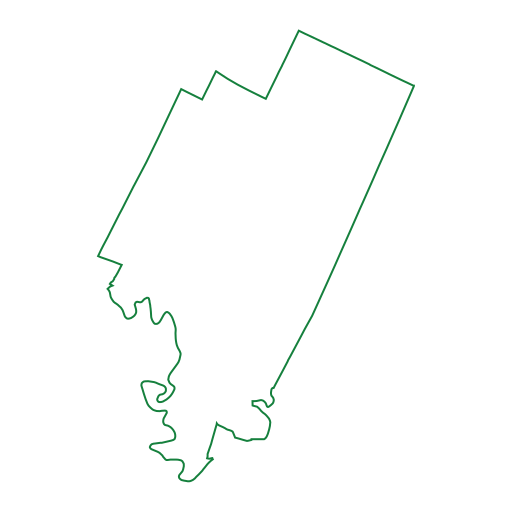 the district of Sfantu Gheorghe, Ialomita, Romania
{"feature_id": "2599482B85918510694904", "entity_name": "Sfantu Gheorghe", "entity_type": "district", "adm_level": 2, "iso_a3": "ROU", "parent_name": "Romania", "parent_adm1": "Ialomita", "projection": "albers", "projection_center": [26.838, 44.661], "detail": "fine", "context": "isolated", "style": "outline", "palette": "green", "viewbox_px": 512, "rotation_deg": 0, "n_neighbors": 0, "source": "geoboundaries", "source_scale": "gbopen_adm2", "svg_char_len": 5978}
<svg xmlns="http://www.w3.org/2000/svg" viewBox="0 0 512 512"><path d="M203.2,469.4L204.7,467.6L207.4,464.2L209.0,462.5L211.2,460.5L212.8,459.3L212.5,458.8L212.3,458.1L211.5,458.2L209.6,458.7L208.4,458.6L207.1,458.3L207.6,456.4L207.6,455.6L207.6,454.7L207.6,454.0L209.7,447.9L211.1,444.0L212.2,439.9L215.5,428.3L216.6,424.6L216.7,424.1L216.8,423.4L217.3,424.1L217.8,424.6L219.1,425.4L220.4,426.0L222.9,427.1L225.2,428.3L225.9,428.8L227.4,429.6L229.3,430.1L231.0,430.7L231.8,431.1L232.6,431.6L233.1,432.6L234.0,434.8L235.1,437.6L236.3,437.9L238.9,438.6L242.9,439.8L246.8,440.9L247.4,440.9L247.9,440.8L251.3,440.0L251.5,439.9L251.5,439.2L264.1,439.2L264.5,439.0L265.3,438.3L266.0,437.6L266.9,436.1L267.9,433.7L269.1,429.6L269.6,427.4L269.9,426.0L270.2,423.1L270.3,422.3L270.1,421.4L269.9,420.6L269.0,418.6L268.1,417.5L267.2,416.4L266.2,415.3L265.5,414.6L264.7,413.9L262.9,412.6L261.0,410.8L260.3,409.9L258.9,408.3L258.2,407.7L257.2,406.8L256.7,406.6L253.5,405.8L252.6,405.5L252.5,401.1L255.2,401.1L256.6,401.0L259.4,400.4L260.6,400.1L261.0,400.1L261.4,400.1L262.1,400.3L263.0,400.6L264.4,401.6L265.1,402.4L265.6,403.0L266.1,404.0L266.5,405.2L267.0,406.4L267.3,406.7L267.7,406.9L268.0,407.0L268.6,406.8L269.6,406.1L271.0,405.0L272.3,403.8L272.8,403.3L273.3,402.3L273.6,401.3L273.8,399.9L273.6,399.1L273.2,397.9L272.5,396.9L271.9,396.2L271.4,395.6L271.0,393.9L271.0,392.4L271.4,389.8L271.7,388.9L272.0,388.5L272.6,388.0L273.1,387.9L273.6,388.0L275.3,384.7L282.6,371.0L287.6,361.5L288.0,360.5L288.1,360.2L290.2,356.5L298.9,340.2L301.6,335.1L304.8,329.0L312.1,315.9L319.1,300.5L320.0,298.5L327.3,282.4L334.9,265.5L339.7,254.6L350.9,229.4L355.3,219.4L358.2,212.8L359.8,209.1L362.7,202.7L369.4,187.6L373.2,179.0L378.7,166.3L386.7,148.4L390.9,138.8L397.9,122.9L399.4,119.5L411.8,90.9L413.9,86.0L413.9,85.7L413.7,85.7L413.3,85.6L407.0,82.6L403.3,80.9L395.8,77.3L388.3,73.7L388.2,73.6L379.2,69.2L370.1,64.9L369.7,64.5L362.3,60.9L360.6,60.1L355.9,57.9L343.7,52.1L334.9,47.8L330.9,46.0L324.7,43.0L324.3,42.8L324.2,42.8L313.9,37.9L304.7,33.6L298.8,30.7L290.1,48.8L286.0,57.5L284.1,61.4L283.2,63.2L282.1,65.4L282.1,65.6L278.8,72.0L276.3,77.3L271.2,87.7L265.8,98.8L261.6,96.8L249.3,90.7L246.4,89.2L237.6,84.6L227.6,78.8L220.1,73.9L216.5,71.5L216.0,71.2L215.9,71.3L215.0,73.4L213.0,77.3L208.7,86.2L206.5,90.5L202.1,99.5L186.5,91.8L181.2,89.1L179.1,93.6L175.3,101.6L169.4,114.1L157.9,138.5L146.2,162.5L134.0,185.6L133.9,185.7L122.2,208.8L119.3,214.2L110.4,231.8L107.8,237.0L103.6,244.9L101.3,249.4L98.1,256.1L100.6,257.2L105.8,259.0L112.9,261.5L120.3,264.4L121.7,264.9L117.7,272.7L116.3,275.1L115.3,276.8L115.0,277.1L114.8,277.2L114.2,278.2L114.2,279.0L112.8,281.2L111.6,282.0L110.9,282.4L109.9,283.9L112.5,285.6L110.2,286.5L108.3,288.2L107.6,288.9L108.1,289.4L108.8,290.4L109.2,291.0L109.6,291.8L109.9,292.7L110.6,296.6L110.9,297.4L111.5,298.6L112.6,300.3L113.7,301.8L114.9,302.8L116.3,303.7L117.8,304.8L119.3,306.2L120.8,307.5L121.3,308.2L121.9,309.1L122.6,310.2L123.2,311.7L124.7,316.0L125.2,316.9L125.9,317.6L126.3,318.0L126.8,318.4L127.5,318.6L128.1,318.7L129.0,318.6L130.1,318.3L131.1,318.0L131.7,317.6L133.1,316.7L134.3,315.7L135.0,314.8L135.4,314.2L135.8,313.4L136.1,312.6L136.2,311.7L136.2,310.8L136.0,309.2L135.3,306.6L134.9,305.3L134.7,304.7L134.9,304.1L135.2,303.4L135.6,302.5L136.4,302.0L137.0,301.8L137.4,301.8L139.4,302.2L140.1,302.3L140.7,302.2L141.2,302.1L141.8,301.8L142.5,301.2L142.9,300.6L144.5,299.0L146.5,298.0L146.8,297.8L147.6,297.8L148.2,297.9L148.6,298.2L148.9,298.6L149.1,299.7L149.4,300.6L149.6,302.3L150.2,305.2L150.3,306.6L150.6,308.7L150.9,311.9L151.2,317.0L151.5,318.3L152.2,320.2L153.6,322.6L154.4,323.5L154.9,323.8L155.7,323.9L156.4,323.9L157.4,323.7L158.5,323.0L159.4,322.2L160.8,320.1L163.6,315.0L164.3,314.0L165.0,313.2L165.4,312.7L166.0,312.3L166.5,312.1L167.0,312.0L167.5,312.1L168.2,312.5L168.7,312.8L169.7,313.7L171.4,316.1L172.3,317.8L173.0,319.6L174.0,322.4L175.3,326.8L175.6,328.3L175.7,330.0L175.5,333.2L175.6,335.9L175.7,338.4L175.9,340.5L176.3,343.0L176.8,345.1L177.5,346.9L178.0,348.1L179.1,350.0L179.8,351.3L180.1,352.1L180.5,353.1L180.6,353.9L180.5,354.9L179.5,359.4L179.1,360.5L178.4,362.2L177.3,363.9L170.8,372.8L169.8,374.4L169.2,375.6L168.8,376.6L168.5,378.3L168.3,379.3L168.3,379.8L169.5,382.7L170.3,383.6L170.9,384.2L172.8,385.5L174.0,386.5L174.3,387.0L174.5,387.8L174.5,388.7L174.4,389.3L173.2,391.8L172.1,393.7L170.5,395.9L168.8,397.6L166.5,399.5L162.8,401.6L161.2,402.0L159.6,402.1L158.7,401.9L158.1,401.5L157.5,400.6L157.3,400.1L157.2,399.5L157.3,398.8L158.3,396.4L158.7,395.8L159.1,395.4L159.8,394.8L161.0,394.5L162.6,394.2L164.2,393.3L165.2,392.2L165.8,391.1L165.9,390.3L165.9,388.8L165.6,387.8L165.1,387.0L164.3,386.2L163.3,385.6L162.0,385.1L159.7,384.3L157.5,383.4L156.0,382.7L154.1,382.1L150.2,381.5L148.2,381.2L145.5,381.3L144.5,381.4L143.6,381.6L142.4,382.5L141.8,383.2L141.5,384.3L141.4,385.5L141.8,387.0L142.5,389.2L143.9,393.9L145.6,399.1L147.4,403.7L148.6,405.7L150.2,407.4L152.1,409.1L153.3,409.9L154.6,410.4L156.6,411.0L158.6,411.1L160.0,411.1L161.6,410.8L164.6,410.6L165.6,410.7L166.0,410.8L166.5,411.2L166.8,412.1L166.7,413.0L164.5,417.0L163.7,418.4L163.3,420.0L163.2,421.3L163.3,422.4L163.7,423.4L164.1,424.2L164.9,424.9L165.5,425.1L166.7,425.4L167.7,425.6L168.8,426.1L170.6,427.2L172.0,428.5L173.3,430.1L174.5,432.2L174.9,433.3L175.2,434.7L175.3,436.3L175.1,437.6L174.6,439.0L173.8,439.6L173.4,439.9L171.3,440.6L161.8,442.8L160.3,442.8L155.2,443.5L153.4,443.7L151.6,444.3L150.7,445.3L150.2,446.1L149.9,446.9L149.9,447.5L150.7,448.7L151.7,449.3L157.7,451.8L159.5,452.8L162.5,455.6L162.9,456.5L165.4,459.4L166.4,460.0L167.7,460.0L170.4,459.6L176.1,459.6L178.1,459.7L180.9,460.3L181.9,460.9L182.4,461.3L183.7,463.6L183.8,464.5L183.8,466.3L183.5,467.7L183.1,469.5L182.4,471.3L179.5,474.8L179.1,475.5L178.9,476.8L179.2,477.9L179.8,478.7L181.4,480.0L183.9,480.6L188.0,481.3L189.8,481.2L191.3,480.7L193.1,479.8L194.9,478.4L196.2,476.9L198.8,474.4L202.3,470.7L203.2,469.4Z" fill="none" stroke="#15803d" stroke-width="2"/></svg>